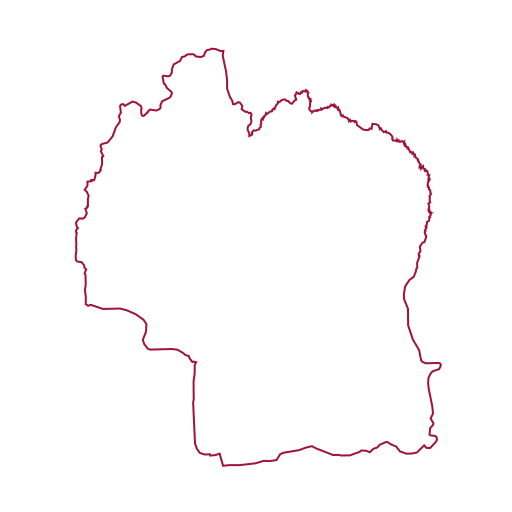 Khiri Mat, Sukhothai, Thailand, rotated 175°
{"feature_id": "78962969B829046276221", "entity_name": "Khiri Mat", "entity_type": "district", "adm_level": 2, "iso_a3": "THA", "parent_name": "Thailand", "parent_adm1": "Sukhothai", "projection": "natural_earth1", "projection_center": [99.689, 16.826], "detail": "fine", "context": "isolated", "style": "outline", "palette": "rose", "viewbox_px": 512, "rotation_deg": 175, "n_neighbors": 0, "source": "geoboundaries", "source_scale": "gbopen_adm2", "svg_char_len": 5978}
<svg xmlns="http://www.w3.org/2000/svg" viewBox="0 0 512 512"><g transform="rotate(175 256 256)"><path d="M76.9,315.9L77.1,316.5L77.6,316.4L77.5,317.9L76.4,317.7L77.1,320.7L76.4,321.4L78.0,322.0L77.6,323.0L77.9,325.5L78.7,326.1L80.1,325.7L80.6,326.7L79.9,327.7L81.7,328.7L81.7,331.0L83.1,330.2L84.1,328.6L84.4,330.2L85.4,329.9L85.2,331.1L83.8,332.7L85.0,333.9L85.8,336.3L86.5,336.7L86.2,338.2L88.3,340.1L88.6,341.8L89.4,341.7L88.8,342.9L89.0,343.6L90.3,343.7L90.5,345.2L91.4,344.5L91.7,345.8L92.6,346.3L93.4,345.9L94.8,350.2L95.6,350.0L95.3,351.1L96.6,351.5L97.0,352.4L97.7,352.2L98.4,353.7L97.4,353.8L97.6,354.8L98.0,355.5L98.7,355.1L99.1,356.1L98.7,357.2L99.3,356.9L100.9,357.8L102.4,357.1L103.6,357.5L103.8,358.8L104.8,358.4L105.4,359.6L105.9,358.1L107.1,358.9L109.3,359.0L110.2,360.9L109.6,361.8L109.8,363.1L111.5,365.6L113.3,367.2L115.3,367.5L115.7,369.1L117.9,368.2L120.1,370.9L120.4,372.4L121.0,372.6L121.6,371.9L122.5,375.3L124.9,376.8L128.5,377.5L129.8,372.6L131.7,373.2L132.8,371.8L134.8,371.8L138.2,372.6L143.9,377.6L144.4,381.2L145.6,381.8L146.1,381.1L146.6,382.0L149.4,382.3L149.9,381.8L150.4,382.9L151.3,382.4L151.0,383.4L151.7,383.1L152.8,385.4L157.0,387.4L157.1,388.1L157.8,387.7L158.0,388.5L159.0,388.5L159.7,392.8L160.3,394.2L160.9,394.1L161.2,396.4L161.7,395.8L161.8,396.8L162.8,396.7L164.3,397.5L163.7,398.3L165.0,398.5L164.4,399.5L165.0,400.3L167.3,399.3L167.8,400.0L168.1,399.2L168.8,399.4L170.5,397.6L171.7,398.2L172.3,397.2L174.4,397.7L177.1,396.6L178.2,397.3L178.3,396.0L180.1,396.2L181.4,395.5L181.9,396.1L183.2,395.8L183.2,395.2L185.4,395.8L187.5,394.2L187.4,395.1L188.9,395.5L190.0,397.3L190.2,398.8L189.1,400.4L188.8,403.6L187.9,405.2L188.8,405.8L188.1,406.4L188.7,407.0L188.1,407.7L189.6,408.3L189.6,409.4L190.3,410.0L190.4,412.8L189.6,414.3L190.9,416.3L191.7,415.5L192.2,416.6L192.8,415.7L195.2,416.3L196.1,414.5L197.3,415.1L198.0,413.6L199.6,413.8L199.9,414.7L201.4,415.5L202.3,413.4L203.3,412.6L202.3,408.2L203.8,407.6L207.0,404.5L208.6,405.2L210.4,407.6L212.2,407.9L213.1,409.2L214.2,409.6L217.4,408.8L218.9,407.5L220.7,407.8L220.7,406.4L223.3,403.9L223.8,402.3L225.1,401.6L224.9,400.6L226.2,400.8L227.0,400.4L227.3,398.8L229.8,398.5L232.0,396.8L232.7,396.7L233.5,397.5L234.1,395.6L235.4,394.9L235.3,394.2L236.4,393.0L236.8,393.5L237.6,392.9L237.3,391.4L238.4,391.7L239.0,391.1L239.3,387.3L240.0,386.7L239.9,384.2L241.1,383.5L241.8,382.0L245.8,380.9L247.3,381.4L249.4,379.5L249.0,378.2L249.4,377.2L252.2,376.1L252.0,379.0L253.3,382.1L253.2,384.2L252.2,386.5L250.4,387.4L249.2,389.4L248.8,391.0L249.1,394.3L248.1,397.4L249.0,399.1L250.4,398.9L252.9,400.7L254.0,400.5L257.5,403.4L256.5,406.6L258.7,410.2L260.3,410.8L263.8,409.1L265.6,409.2L266.2,412.9L268.1,416.7L270.2,425.3L269.5,433.6L269.7,442.1L271.7,458.4L270.6,463.2L273.5,463.3L278.1,465.7L282.5,466.4L284.1,465.6L286.8,465.5L289.1,463.1L290.7,459.8L293.9,459.0L298.9,460.2L299.3,461.4L301.2,462.5L306.2,462.8L308.2,462.2L309.2,461.1L312.4,460.7L314.6,457.0L321.3,454.0L323.6,449.1L323.8,446.1L325.8,443.2L327.8,442.6L332.6,443.7L333.5,442.8L332.7,435.6L331.5,434.8L330.1,431.2L326.1,427.0L325.5,425.6L326.9,422.7L328.3,421.2L336.1,418.3L338.1,414.5L338.1,412.3L339.1,410.9L342.5,409.6L348.8,411.1L351.2,409.3L351.6,408.1L352.7,407.8L355.1,405.6L356.6,405.4L357.4,406.0L357.8,408.0L357.7,411.6L357.1,412.8L357.5,415.3L362.0,419.2L365.5,420.6L373.6,417.0L375.1,418.9L377.4,418.6L378.4,417.2L378.1,410.8L380.4,407.1L379.7,403.6L380.0,401.5L384.4,396.3L388.4,387.7L393.9,382.0L399.7,381.0L401.1,380.0L401.3,378.9L400.4,376.0L401.4,373.8L399.4,368.8L400.8,368.0L401.3,360.9L403.6,355.5L403.2,355.2L404.3,353.5L405.8,352.5L408.6,352.9L408.9,350.0L410.6,345.7L413.5,346.0L413.3,344.8L417.4,344.8L417.8,340.7L420.9,336.9L419.0,334.7L417.5,330.7L418.5,327.4L419.1,320.1L419.8,320.2L420.2,318.7L421.9,318.0L420.8,313.3L423.3,309.3L425.4,308.3L428.8,308.9L432.1,305.4L432.5,304.3L431.8,300.2L430.9,299.3L433.1,297.2L433.1,295.1L432.6,294.6L433.7,289.3L434.1,281.8L434.6,280.0L434.3,278.2L435.7,271.5L435.7,267.5L434.4,266.0L430.2,265.0L428.0,261.8L427.8,259.0L426.3,257.5L428.3,253.7L427.5,252.0L428.1,242.4L429.4,236.9L429.1,230.2L429.8,222.9L427.5,221.0L425.0,221.8L413.1,216.6L396.1,215.5L389.7,213.3L380.9,208.5L373.6,202.3L371.1,197.7L372.1,190.3L376.0,182.4L375.1,178.1L371.8,173.0L369.7,172.0L348.1,170.7L342.4,169.5L336.5,165.3L335.2,163.7L331.5,162.0L331.0,159.8L328.6,155.9L327.1,156.2L324.9,155.4L326.5,152.9L327.4,144.0L329.1,136.6L330.6,118.2L331.4,115.6L333.1,74.4L331.6,68.9L329.1,64.7L324.3,62.7L319.2,62.5L319.1,61.2L313.8,61.2L309.5,62.3L307.1,49.9L301.2,50.0L290.5,49.1L274.7,49.5L266.0,51.3L260.8,50.5L253.4,50.9L249.3,56.3L246.0,57.6L230.2,58.8L223.3,60.7L216.9,61.7L212.7,59.0L196.5,51.0L190.3,50.6L189.2,49.9L179.8,49.2L169.7,51.9L167.9,53.1L163.3,52.4L159.7,50.6L155.9,53.7L152.1,54.6L149.1,57.2L142.5,59.4L141.1,59.1L137.5,56.3L133.1,54.1L129.6,48.8L123.5,46.0L118.2,45.6L112.9,46.2L105.0,52.7L102.8,49.9L99.2,49.5L92.5,55.7L91.7,57.7L91.9,59.8L93.1,61.1L98.2,62.2L98.7,63.1L97.5,69.4L94.4,72.2L93.8,73.8L96.2,78.9L93.4,83.7L93.5,90.8L95.5,108.6L95.6,114.7L94.8,119.5L92.6,123.3L90.2,125.7L83.4,127.4L81.8,130.0L81.4,131.8L82.2,133.1L84.1,133.6L96.2,134.3L99.6,136.2L100.6,137.6L101.7,148.0L107.0,159.1L110.5,173.7L109.2,190.2L112.2,200.0L112.1,204.7L110.1,212.7L105.2,218.8L100.7,221.5L98.2,226.4L97.4,229.3L96.4,230.1L96.1,235.1L93.1,241.4L93.1,242.1L93.8,242.3L93.7,244.2L91.8,246.3L92.0,251.0L89.0,254.7L87.0,255.3L85.0,259.5L84.7,261.5L85.5,262.6L85.9,265.1L85.0,265.8L85.4,267.1L84.4,268.1L84.4,270.3L83.7,270.0L83.8,271.5L83.0,272.5L82.9,274.1L82.5,275.1L80.6,276.0L80.1,277.2L80.1,279.3L79.3,279.5L79.7,280.2L78.4,281.6L78.3,283.0L77.6,283.4L78.7,283.7L78.2,284.6L78.5,285.2L79.8,285.0L80.0,286.1L79.5,287.2L80.1,287.2L79.1,289.9L79.7,293.3L77.8,294.1L78.2,296.6L77.7,298.6L77.9,300.7L76.5,302.1L76.3,303.2L76.8,303.8L76.7,306.3L77.9,307.4L77.6,309.2L78.8,309.9L78.4,311.0L78.9,311.7L77.9,315.3L76.9,315.9Z" fill="none" stroke="#9f1239" stroke-width="2"/></g></svg>